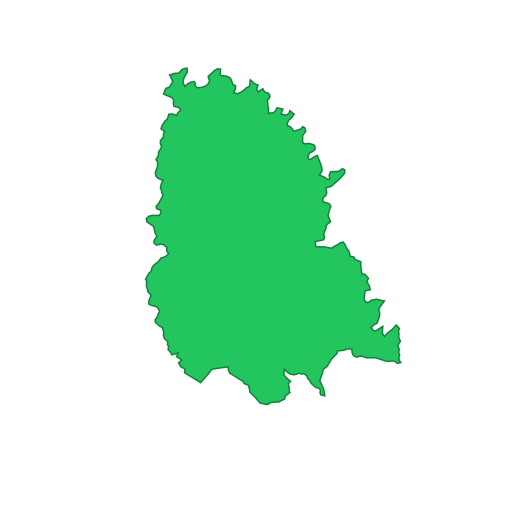 the district of Itacurubi, Rio Grande do Sul, Brazil, rotated 38°
{"feature_id": "56859067B45448727576275", "entity_name": "Itacurubi", "entity_type": "district", "adm_level": 2, "iso_a3": "BRA", "parent_name": "Brazil", "parent_adm1": "Rio Grande do Sul", "projection": "equal_earth", "projection_center": [-55.272, -28.816], "detail": "fine", "context": "isolated", "style": "filled", "palette": "green", "viewbox_px": 512, "rotation_deg": 38, "n_neighbors": 0, "source": "geoboundaries", "source_scale": "gbopen_adm2", "svg_char_len": 4621}
<svg xmlns="http://www.w3.org/2000/svg" viewBox="0 0 512 512"><g transform="rotate(38 256 256)"><path d="M218.4,127.1L215.4,124.9L213.1,125.4L213.1,128.3L208.9,134.6L206.8,133.5L204.4,133.2L202.6,133.1L200.3,134.1L198.9,132.1L198.2,129.2L198.9,125.2L198.7,120.7L193.1,120.7L194.3,123.4L192.9,126.8L191.0,127.4L188.6,128.8L187.6,126.5L186.7,123.7L184.1,124.9L181.2,126.5L182.0,129.2L181.6,132.6L179.4,134.3L178.0,135.9L175.2,132.3L172.7,130.2L169.2,126.2L169.1,122.1L167.6,120.6L165.4,120.1L161.9,121.5L158.4,120.0L157.4,122.9L156.5,125.4L153.8,124.1L152.3,120.0L149.9,121.0L147.9,121.0L143.0,120.7L144.5,123.0L146.5,126.4L145.0,129.0L144.6,131.5L143.7,135.3L141.6,139.4L139.9,140.3L137.7,140.8L137.0,136.9L135.0,134.4L132.4,135.2L129.1,133.1L126.4,131.6L123.7,132.0L121.3,132.7L118.3,134.9L116.2,135.4L113.0,130.5L110.4,132.3L109.1,135.4L108.5,139.6L107.7,143.9L111.7,146.7L112.3,150.4L111.5,153.5L109.3,156.6L106.1,159.6L103.9,159.7L101.9,157.3L99.9,156.5L97.3,159.6L96.1,162.9L95.5,166.2L93.2,165.1L91.4,164.0L90.1,161.3L88.9,156.6L88.7,153.5L86.1,150.4L84.3,152.2L82.8,154.7L82.6,159.4L79.4,162.2L77.6,164.8L76.4,166.6L78.4,167.3L83.1,169.9L83.8,176.0L81.7,179.6L83.4,185.3L92.5,182.9L95.1,183.8L97.1,186.8L99.1,188.6L104.4,186.3L106.8,187.6L106.2,191.1L106.9,194.0L102.5,195.6L100.1,197.9L101.9,203.1L101.2,205.2L101.6,210.6L102.7,214.2L107.6,214.3L108.0,216.9L109.7,219.2L109.7,224.0L111.5,226.4L114.0,227.6L114.9,230.2L115.1,233.9L117.2,236.9L117.8,241.6L120.5,242.5L123.4,246.2L124.6,250.4L125.8,253.0L128.3,254.7L130.4,255.1L133.5,254.5L136.0,253.4L137.1,257.9L139.0,261.5L141.2,262.5L142.7,264.1L145.5,265.6L146.9,274.5L146.7,278.4L148.7,279.9L152.8,278.6L154.7,280.8L154.6,283.8L149.3,287.8L147.1,290.5L146.5,294.2L149.1,296.3L157.1,295.7L162.9,300.4L165.8,301.3L166.0,305.3L166.8,307.7L168.4,308.8L171.0,308.6L173.3,305.7L175.5,304.2L180.2,304.0L182.6,307.1L185.7,307.9L185.0,312.4L182.4,316.0L182.5,320.9L181.1,325.6L181.2,329.2L182.7,332.3L182.2,335.5L183.3,342.4L185.1,342.9L188.1,347.2L190.7,348.9L192.8,350.8L197.5,351.4L198.4,354.8L199.8,358.6L201.6,360.0L204.5,359.0L209.6,357.0L214.0,358.8L214.7,362.0L215.6,364.2L215.8,368.5L217.7,370.3L222.7,370.6L226.2,370.1L230.3,372.9L231.6,375.2L234.5,377.4L239.1,377.8L240.8,380.4L243.0,381.1L244.2,383.8L248.6,384.7L250.3,385.8L252.5,383.2L254.4,380.4L255.4,384.2L259.4,383.8L261.4,384.0L260.8,387.9L265.0,389.6L269.4,388.7L271.7,392.0L290.3,389.8L291.0,379.0L291.0,372.3L302.3,360.4L304.5,362.9L307.6,364.5L309.5,364.2L319.5,363.2L322.8,362.7L325.2,363.8L329.3,362.5L332.6,364.7L334.9,367.0L342.2,367.8L349.9,369.4L356.5,366.0L357.7,362.9L359.5,360.6L362.3,358.2L363.9,357.0L365.3,353.6L366.7,351.2L365.3,348.2L366.8,342.7L364.9,341.5L363.5,339.6L360.0,336.7L360.4,333.5L353.1,333.1L350.5,331.8L348.0,327.8L353.6,328.3L356.3,327.8L359.3,326.0L362.3,321.8L364.6,321.0L365.9,319.4L369.7,319.0L372.0,320.6L375.2,321.0L377.0,322.2L379.3,322.5L384.1,322.8L386.5,321.5L389.1,321.8L390.9,324.6L392.7,325.5L396.3,323.8L391.2,319.2L382.9,314.8L380.1,306.3L378.7,304.2L380.0,299.2L379.0,291.0L379.8,282.6L378.6,280.7L383.1,276.4L385.7,272.4L388.9,270.5L391.3,273.0L394.1,274.5L397.2,274.0L400.5,269.9L405.6,268.3L413.2,262.4L424.1,258.5L429.0,253.9L433.8,253.4L435.6,250.8L433.2,250.0L431.0,248.0L430.4,245.8L427.8,244.2L426.3,241.3L422.9,239.3L422.3,234.4L417.8,231.6L416.9,229.6L414.5,227.5L413.8,224.9L409.0,224.0L408.5,230.1L407.2,234.7L406.7,240.2L404.5,239.8L402.6,238.4L399.2,233.4L396.3,241.8L394.3,242.3L390.7,241.6L391.5,237.0L392.8,234.5L390.4,227.4L388.8,225.1L385.3,222.1L385.0,219.0L384.9,212.4L381.3,214.2L377.3,215.9L375.8,218.1L374.3,219.3L373.6,222.4L371.9,224.7L370.1,224.4L367.9,223.7L363.4,216.3L366.8,212.3L364.1,210.0L358.9,207.8L358.4,204.4L352.9,203.3L351.1,205.1L348.8,203.4L345.6,200.3L342.1,196.0L335.9,197.9L333.9,196.5L330.2,198.2L328.1,196.3L326.2,195.0L323.6,194.3L321.1,193.3L319.5,192.3L316.2,191.4L314.3,193.5L313.6,196.0L312.4,198.9L310.5,203.6L303.9,206.9L297.6,211.9L293.7,208.0L296.3,205.3L299.3,201.6L298.4,198.9L296.2,197.5L295.0,194.8L294.0,191.1L292.4,188.0L293.7,183.1L287.8,179.7L286.2,176.1L284.3,170.7L281.6,169.7L275.4,172.0L273.1,169.4L273.8,164.8L272.7,162.5L269.1,159.3L272.4,154.8L274.7,142.1L274.8,136.1L273.0,133.5L270.4,133.9L268.9,138.6L266.3,140.8L262.9,143.6L263.8,147.1L266.8,150.0L265.2,151.6L261.1,151.8L256.1,153.1L255.8,149.0L254.5,146.8L251.5,144.4L242.3,139.0L240.7,142.2L239.7,145.9L238.1,147.4L236.2,146.1L235.1,143.7L235.0,141.1L236.5,138.5L237.0,135.8L235.5,133.8L233.1,132.8L228.7,134.5L224.8,138.0L222.5,137.5L218.6,132.3L218.4,127.1Z" fill="#22c55e" stroke="#15803d" stroke-width="1.5"/></g></svg>